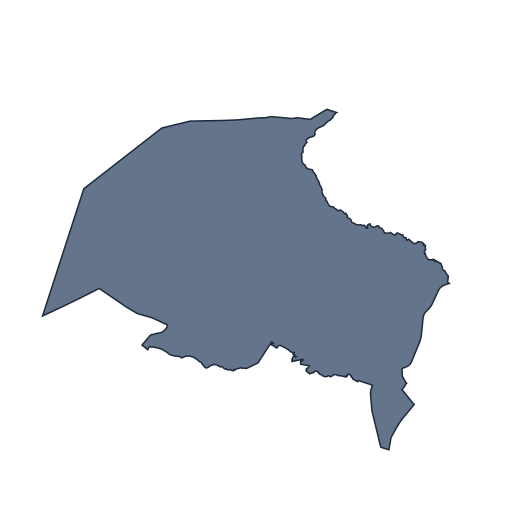 Tlalpan, Distrito Federal, Mexico, rotated 103°
{"feature_id": "50627088B11005238011149", "entity_name": "Tlalpan", "entity_type": "district", "adm_level": 2, "iso_a3": "MEX", "parent_name": "Mexico", "parent_adm1": "Distrito Federal", "projection": "natural_earth1", "projection_center": [-99.188, 19.201], "detail": "fine", "context": "isolated", "style": "filled", "palette": "slate", "viewbox_px": 512, "rotation_deg": 103, "n_neighbors": 0, "source": "geoboundaries", "source_scale": "gbopen_adm2", "svg_char_len": 6059}
<svg xmlns="http://www.w3.org/2000/svg" viewBox="0 0 512 512"><g transform="rotate(103 256 256)"><path d="M152.5,376.6L229.2,438.9L362.5,450.5L347.2,431.0L335.5,416.6L322.9,401.5L335.1,370.4L338.8,358.5L339.6,343.4L343.1,326.7L345.2,326.8L347.2,327.4L350.6,329.6L352.2,331.6L353.9,335.7L355.6,338.6L356.2,340.4L356.7,340.8L358.1,341.8L359.4,342.4L368.5,347.1L371.7,340.3L370.5,340.1L369.6,340.1L368.3,339.4L368.2,338.8L368.4,337.7L367.9,336.2L367.7,331.2L368.0,327.0L368.5,325.0L369.1,323.5L369.6,321.7L371.1,318.7L371.6,316.9L371.8,312.9L371.2,309.1L371.2,307.4L371.3,306.6L372.1,305.9L372.1,305.7L370.7,303.5L370.0,302.8L369.0,300.9L368.7,299.0L368.3,298.2L368.6,296.8L368.5,294.9L368.7,294.5L369.3,292.3L369.8,291.2L370.5,289.2L371.5,287.9L371.9,285.5L372.1,285.2L372.5,285.0L372.9,284.4L373.5,284.2L374.4,282.6L375.7,281.2L376.3,279.7L376.3,279.1L375.6,277.9L374.7,277.0L373.9,276.4L372.1,274.4L372.0,273.6L371.0,272.6L371.1,270.9L370.9,269.8L371.3,268.5L371.3,267.9L371.9,267.0L371.8,266.7L372.1,265.5L371.3,264.1L371.7,263.4L372.7,262.2L372.7,261.5L373.1,260.7L372.8,260.5L372.7,260.2L373.3,258.4L373.4,258.0L373.0,257.7L373.0,257.2L372.7,256.8L373.0,252.2L371.6,251.9L371.9,250.7L370.6,250.1L370.2,249.5L369.8,248.0L368.4,246.1L368.3,245.2L368.6,244.0L368.4,243.5L367.9,242.9L367.9,241.0L367.7,240.4L367.8,240.0L359.7,230.0L336.0,221.4L337.3,219.4L337.4,220.1L338.2,221.5L338.4,221.7L338.8,221.6L339.4,220.3L339.5,219.0L340.1,216.7L340.3,216.5L340.5,216.9L340.8,216.6L340.7,216.0L340.9,215.3L340.7,214.8L340.3,214.5L339.0,214.4L338.4,214.1L337.9,213.2L337.5,212.1L338.1,210.9L339.0,206.3L339.7,205.0L339.9,203.7L341.6,200.6L341.6,199.7L341.8,199.1L341.4,197.7L341.5,196.9L341.8,196.9L341.9,197.7L343.3,198.0L343.5,197.6L343.2,197.2L343.2,196.9L344.0,196.0L344.4,195.2L344.9,195.0L345.1,194.1L345.5,194.5L344.9,195.8L344.8,196.4L345.6,197.1L347.9,197.7L348.4,197.7L349.3,197.3L350.0,197.5L350.2,197.3L350.7,197.2L346.1,187.2L346.7,186.9L347.4,187.0L347.9,187.8L348.2,188.8L349.0,188.8L351.3,188.2L351.4,187.3L351.0,181.2L351.0,179.3L353.8,180.4L353.9,180.9L354.3,181.3L354.8,181.4L354.7,181.2L354.9,181.1L355.6,181.3L356.7,181.3L358.8,177.2L358.1,176.5L357.3,174.8L356.9,174.4L356.7,173.7L354.9,172.4L354.7,171.9L354.7,170.6L355.4,169.0L356.1,168.5L356.2,168.0L356.5,167.9L356.6,167.3L357.0,166.8L357.0,165.6L357.4,164.5L357.7,164.3L358.1,162.0L357.9,160.6L357.2,159.3L356.5,158.8L356.1,157.9L356.9,157.1L357.0,156.4L355.8,154.9L354.6,153.9L353.7,152.3L353.6,151.0L354.1,149.5L353.7,146.7L353.7,145.4L353.6,145.1L353.7,141.1L352.3,141.3L352.5,140.1L350.0,139.7L350.3,138.5L351.4,136.1L352.3,136.2L353.1,134.4L353.5,134.1L354.1,134.0L355.5,129.1L355.6,128.7L354.2,128.4L354.6,125.3L355.7,113.4L358.3,113.8L360.4,113.9L364.5,113.5L379.5,108.6L381.0,108.1L404.3,96.4L408.9,94.2L414.3,91.3L414.9,82.9L402.7,83.6L391.5,80.4L387.0,78.9L382.4,77.1L365.0,68.4L363.8,70.3L353.4,83.6L349.5,81.8L346.7,81.2L346.3,80.6L344.3,82.7L340.1,86.4L332.7,88.4L330.1,84.4L329.1,83.3L327.8,82.2L326.6,81.4L324.4,80.7L302.5,77.1L299.3,76.9L294.7,77.2L278.4,79.3L275.4,79.2L272.9,78.4L268.4,75.6L265.4,74.2L263.4,73.6L249.1,70.6L247.5,70.2L246.0,69.6L244.3,68.4L242.4,66.6L240.0,62.9L239.3,61.5L238.5,63.1L238.1,63.5L233.4,63.9L232.3,64.2L231.9,64.4L231.5,65.5L227.9,68.8L227.7,69.3L228.0,70.3L227.7,70.7L226.4,71.5L225.4,71.6L224.2,72.6L221.6,74.1L221.4,76.1L221.1,76.3L221.0,77.7L220.7,77.6L220.5,78.6L220.0,79.7L221.1,80.3L220.1,81.3L219.4,81.5L219.4,82.7L219.9,82.7L220.4,83.1L220.2,83.6L220.4,85.5L220.8,86.6L220.5,87.2L219.7,88.6L216.3,91.6L215.9,91.4L215.4,91.4L215.4,91.8L215.8,92.3L215.6,92.6L213.8,92.9L211.6,92.1L209.1,93.3L208.7,93.0L207.6,93.3L206.8,94.9L207.4,95.3L206.2,95.4L205.5,97.1L205.2,97.8L205.6,101.5L206.2,101.7L207.0,102.4L208.1,103.7L208.2,104.6L208.5,105.3L208.3,105.9L207.4,106.5L206.8,108.3L205.7,110.2L205.3,110.6L205.4,111.2L206.2,111.9L206.7,112.1L206.8,112.5L206.5,112.9L204.4,114.0L204.3,114.4L204.8,115.3L204.7,115.9L203.5,117.2L202.4,117.7L202.6,119.3L201.9,122.0L201.7,123.4L202.4,124.4L202.6,124.2L203.1,124.4L203.8,125.0L204.0,124.9L204.6,125.4L204.3,126.7L202.8,130.2L203.3,131.0L203.6,131.2L204.0,132.1L204.5,135.6L204.1,136.4L202.5,137.6L200.8,139.6L200.7,140.2L200.8,141.6L200.2,142.5L199.3,142.9L199.2,144.4L199.3,144.9L201.3,146.8L201.5,147.6L201.3,149.7L200.9,150.6L200.4,151.4L199.0,152.2L199.6,153.2L201.2,154.6L202.1,154.5L203.3,153.7L203.7,153.6L203.9,154.1L203.9,154.7L203.1,155.9L201.7,157.3L201.9,158.3L202.5,159.1L201.9,161.0L202.6,162.5L202.9,165.4L202.6,165.9L202.0,167.9L202.0,169.3L201.9,169.7L200.9,170.8L200.0,171.1L198.8,172.2L198.5,173.1L198.4,174.6L197.8,175.9L196.9,175.7L196.5,175.9L195.5,176.6L195.4,177.2L195.1,177.6L194.4,177.7L194.2,178.5L194.6,179.0L194.7,179.4L193.4,181.0L192.3,183.4L192.2,184.1L192.5,184.7L193.1,185.4L193.4,186.8L192.7,187.5L192.3,188.5L191.9,190.0L190.7,191.8L191.0,193.5L190.9,194.4L190.6,195.5L189.8,196.7L188.4,198.0L187.3,198.6L186.6,199.4L185.9,200.6L184.2,200.8L183.6,201.9L181.8,204.2L178.8,206.1L176.5,206.6L174.6,207.7L172.6,209.6L172.4,210.1L170.5,210.7L168.0,212.8L167.4,213.6L166.1,214.7L164.4,215.2L164.0,216.1L162.8,217.0L162.0,217.9L161.6,218.8L161.0,219.4L160.1,219.8L159.2,220.7L159.5,223.4L159.2,225.8L158.9,225.9L158.6,226.9L156.7,228.5L156.2,228.8L156.0,229.9L154.8,231.5L153.2,232.5L150.1,233.6L149.1,233.5L148.6,233.6L147.1,234.6L146.0,234.6L145.6,234.4L145.1,233.8L143.8,233.5L142.6,234.2L141.3,234.2L139.1,234.5L138.7,234.4L137.7,233.5L137.2,233.3L136.7,233.5L133.7,232.0L132.3,233.3L131.8,233.4L131.2,233.2L129.5,231.2L128.5,230.7L127.7,229.0L125.9,226.4L124.3,225.8L122.2,226.5L120.7,226.5L119.6,225.7L119.0,225.6L117.5,224.3L116.5,223.2L116.0,222.4L112.7,218.6L111.5,218.3L109.2,216.5L108.4,216.2L106.9,214.2L106.3,214.2L105.6,213.4L105.1,213.5L104.2,212.5L103.0,212.0L101.9,212.4L100.4,211.2L98.9,210.5L98.1,209.6L97.1,219.9L109.1,232.4L110.6,233.5L112.0,246.7L114.2,252.8L114.5,256.5L115.2,260.5L115.3,262.4L117.0,273.4L119.1,277.7L120.8,284.4L127.6,304.8L131.2,318.0L139.4,350.6L152.5,376.6Z" fill="#64748b" stroke="#1e293b" stroke-width="1.5"/></g></svg>